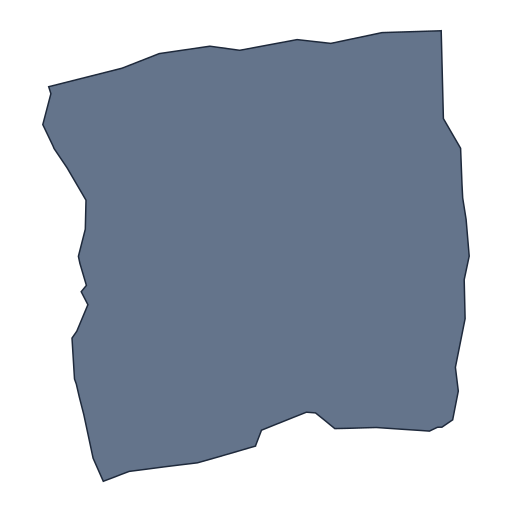 Xanbogd, Ömnögovi, Mongolia
{"feature_id": "93677404B95802719700643", "entity_name": "Xanbogd", "entity_type": "district", "adm_level": 2, "iso_a3": "MNG", "parent_name": "Mongolia", "parent_adm1": "Ömnögovi", "projection": "orthographic", "projection_center": [107.26, 42.897], "detail": "fine", "context": "isolated", "style": "filled", "palette": "slate", "viewbox_px": 512, "rotation_deg": 0, "n_neighbors": 0, "source": "geoboundaries", "source_scale": "gbopen_adm2", "svg_char_len": 1133}
<svg xmlns="http://www.w3.org/2000/svg" viewBox="0 0 512 512"><path d="M103.3,481.3L104.8,480.7L116.4,476.3L120.7,474.6L129.2,471.4L131.5,471.1L147.9,469.0L164.6,466.8L181.7,464.7L185.9,464.2L190.2,463.7L197.5,462.8L220.1,456.4L221.6,456.0L221.7,455.9L239.3,450.8L248.1,448.2L255.5,446.1L255.5,445.9L258.0,439.3L261.5,430.2L277.8,423.6L279.2,423.1L279.9,422.8L292.8,417.6L297.6,415.7L306.4,412.2L315.5,412.9L325.3,420.8L329.9,424.6L332.5,426.7L334.8,428.6L352.1,428.2L364.7,427.8L376.2,427.5L376.4,427.5L392.4,428.6L404.2,429.4L421.1,430.5L429.5,431.1L431.7,430.0L437.4,427.3L439.0,427.2L441.9,427.2L452.7,419.8L452.7,419.6L458.3,391.1L455.4,367.3L465.1,318.7L464.2,279.7L469.2,256.1L466.1,219.4L462.7,198.0L462.0,184.6L460.6,148.3L443.4,118.6L441.2,30.7L440.4,30.8L382.0,32.6L330.8,43.4L297.1,39.6L239.7,50.3L209.8,46.2L159.2,53.6L122.0,68.2L48.7,86.7L50.9,93.7L42.8,124.6L52.9,145.7L54.1,148.6L67.0,167.7L86.0,200.2L85.3,229.2L78.4,256.3L79.9,263.4L86.4,285.4L81.2,291.7L87.9,304.7L76.8,331.2L72.0,338.1L74.5,379.0L76.3,384.0L79.3,397.0L83.8,414.6L93.1,458.2L103.3,481.3Z" fill="#64748b" stroke="#1e293b" stroke-width="1.5"/></svg>